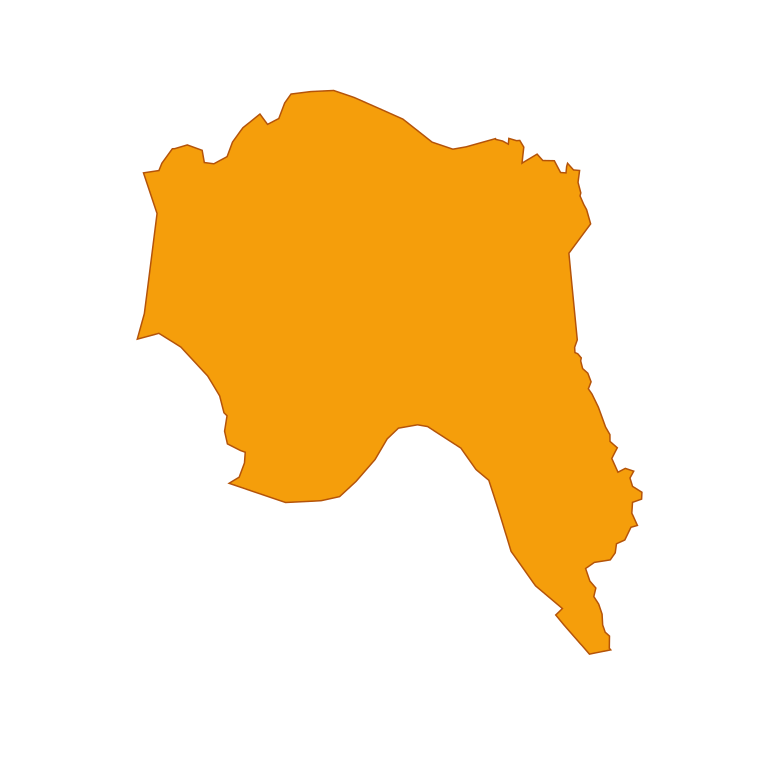 Twan River, Nimba, Liberia, rotated 350°
{"feature_id": "62588387B61657259363442", "entity_name": "Twan River", "entity_type": "district", "adm_level": 2, "iso_a3": "LBR", "parent_name": "Liberia", "parent_adm1": "Nimba", "projection": "equal_earth", "projection_center": [-8.402, 7.088], "detail": "fine", "context": "isolated", "style": "filled", "palette": "amber", "viewbox_px": 768, "rotation_deg": 350, "n_neighbors": 0, "source": "geoboundaries", "source_scale": "gbopen_adm2", "svg_char_len": 2429}
<svg xmlns="http://www.w3.org/2000/svg" viewBox="0 0 768 768"><g transform="rotate(350 384 384)"><path d="M560.2,682.3L562.3,671.4L558.7,666.8L558.1,662.8L557.5,659.3L558.8,648.5L557.2,638.0L553.7,629.8L557.2,621.7L552.5,613.8L550.5,600.7L560.2,596.2L569.7,596.4L576.3,596.5L582.4,590.4L585.2,581.7L594.1,579.4L602.3,568.0L609.0,567.3L606.3,556.7L605.6,554.3L608.2,543.7L617.7,542.1L619.2,535.4L611.0,528.0L609.9,519.3L614.8,513.2L607.0,509.0L599.1,511.5L595.4,496.9L600.0,490.8L602.7,487.3L602.0,486.5L596.6,479.8L597.7,473.1L594.7,464.8L593.0,454.9L591.1,444.1L590.7,442.7L587.1,430.1L584.4,424.2L585.3,422.8L588.3,417.8L586.6,408.8L582.3,403.3L581.7,395.4L582.8,392.5L582.4,391.9L580.1,387.9L577.5,386.2L578.1,381.0L582.0,374.1L587.1,308.4L588.8,287.3L615.3,262.2L615.1,260.2L613.8,247.5L611.9,241.9L609.7,232.8L611.0,230.0L610.1,219.1L613.7,207.7L607.8,206.1L603.1,198.5L601.6,201.6L599.9,207.7L594.6,206.4L593.1,201.8L590.5,193.7L579.2,191.5L574.7,184.2L559.2,190.1L558.3,190.5L560.2,183.8L562.8,175.0L560.0,167.7L556.8,167.4L549.6,163.8L548.1,169.4L543.0,165.3L536.5,162.5L536.4,161.7L506.1,164.7L492.6,164.7L474.7,154.9L473.4,154.2L456.9,135.7L448.6,126.4L423.1,109.2L416.2,104.6L404.6,96.8L400.7,94.6L388.1,87.7L385.4,86.2L362.7,83.3L342.8,82.3L335.0,90.0L326.5,104.3L322.9,105.4L314.4,108.1L312.2,103.7L308.7,96.6L304.9,98.7L303.6,99.4L300.2,101.3L289.6,107.1L286.2,110.3L281.1,115.3L278.1,118.2L276.8,119.5L269.0,132.8L267.1,133.5L261.2,135.4L254.7,137.6L245.5,134.7L245.5,122.3L231.8,114.4L218.8,115.9L216.4,115.6L203.6,128.0L199.4,134.7L183.8,134.3L187.7,160.5L188.4,165.3L190.1,176.7L167.9,248.4L160.2,273.1L148.8,297.0L151.2,296.8L171.1,295.0L188.0,310.2L190.4,312.4L192.9,316.3L208.5,340.5L211.7,345.4L214.6,352.8L216.6,358.0L220.1,367.2L221.4,384.5L223.9,388.0L218.8,402.8L219.4,415.8L231.0,424.5L235.5,427.1L232.9,437.5L225.2,450.6L217.7,453.5L214.2,454.9L236.9,467.4L266.5,483.6L271.2,484.2L294.2,487.1L302.0,488.0L320.7,487.2L339.5,475.1L351.6,465.3L362.1,456.8L374.2,442.6L377.6,438.6L390.5,430.0L409.9,430.0L419.6,433.5L426.4,439.9L448.6,460.5L451.3,466.3L459.6,483.9L460.4,485.0L470.5,497.0L472.9,513.8L475.0,529.1L476.8,543.6L477.7,551.2L478.2,554.9L480.1,570.9L483.4,577.8L483.9,578.8L492.6,597.3L496.7,606.0L498.2,609.1L520.7,636.1L513.0,641.3L519.4,652.6L532.2,673.8L533.7,676.1L539.4,685.7L546.5,685.5L561.1,685.2L560.0,683.3L560.2,682.3Z" fill="#f59e0b" stroke="#b45309" stroke-width="1.5"/></g></svg>